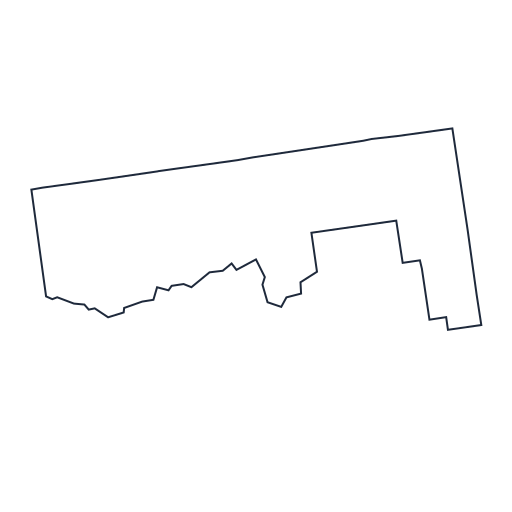 Daggett, Utah, United States of America (Equal Earth projection), rotated 352°
{"feature_id": "52423323B11713615071349", "entity_name": "Daggett", "entity_type": "district", "adm_level": 2, "iso_a3": "USA", "parent_name": "United States of America", "parent_adm1": "Utah", "projection": "equal_earth", "projection_center": [-109.574, 40.832], "detail": "fine", "context": "isolated", "style": "outline", "palette": "slate", "viewbox_px": 512, "rotation_deg": 352, "n_neighbors": 0, "source": "geoboundaries", "source_scale": "gbopen_adm2", "svg_char_len": 839}
<svg xmlns="http://www.w3.org/2000/svg" viewBox="0 0 512 512"><g transform="rotate(352 256 256)"><path d="M42.5,266.8L48.3,270.4L53.4,269.2L69.1,277.8L79.3,280.2L82.9,285.8L89.0,285.4L101.0,296.1L117.1,293.5L118.2,289.1L137.0,285.3L148.3,285.1L153.7,273.2L164.6,277.8L168.3,273.8L180.4,273.7L187.7,277.9L207.7,265.7L221.0,266.0L230.8,260.0L234.7,267.0L255.5,259.4L261.8,278.1L258.4,285.3L261.0,303.4L273.9,309.9L280.4,301.2L295.4,299.5L296.4,288.2L314.2,280.1L314.1,240.7L399.8,240.5L400.3,283.2L417.7,283.1L418.5,291.6L418.9,343.2L435.8,343.0L435.8,355.8L469.5,355.7L469.1,325.1L469.2,259.5L468.2,157.0L412.9,156.9L386.8,156.2L378.4,156.8L266.5,157.9L251.2,158.5L247.3,158.5L187.9,158.4L171.1,158.4L170.4,158.5L108.3,158.8L107.8,158.8L54.0,158.6L43.1,159.0L42.8,159.0L42.5,266.8Z" fill="none" stroke="#1e293b" stroke-width="2"/></g></svg>